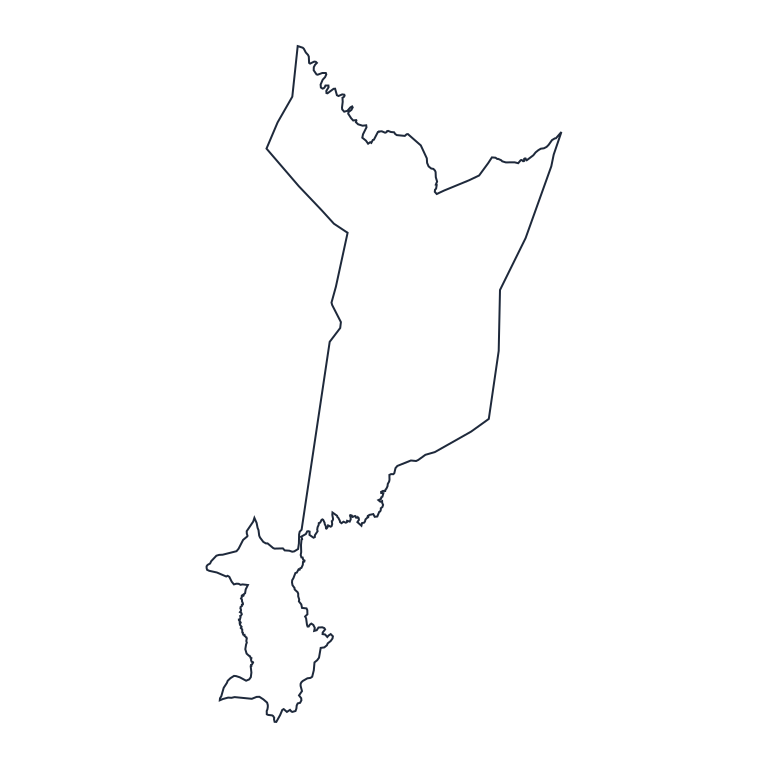 San Pablo Coatlán, Oaxaca, Mexico
{"feature_id": "50627088B61176301842626", "entity_name": "San Pablo Coatlán", "entity_type": "district", "adm_level": 2, "iso_a3": "MEX", "parent_name": "Mexico", "parent_adm1": "Oaxaca", "projection": "equal_earth", "projection_center": [-96.818, 16.154], "detail": "fine", "context": "isolated", "style": "outline", "palette": "slate", "viewbox_px": 768, "rotation_deg": 0, "n_neighbors": 0, "source": "geoboundaries", "source_scale": "gbopen_adm2", "svg_char_len": 6085}
<svg xmlns="http://www.w3.org/2000/svg" viewBox="0 0 768 768"><path d="M488.8,418.9L498.7,350.9L500.0,290.0L525.6,238.1L551.3,166.3L553.7,154.6L561.4,132.0L555.9,138.3L554.8,138.4L552.0,140.1L548.6,144.9L546.6,146.9L543.9,148.3L540.8,148.7L538.3,150.2L535.6,152.4L533.3,155.3L526.7,160.3L526.3,160.3L525.6,158.5L525.0,158.4L524.2,158.8L523.9,161.1L523.1,161.2L521.7,160.0L520.7,160.2L518.2,163.2L514.5,162.3L505.8,162.4L502.2,161.3L501.1,160.2L498.2,158.9L497.3,159.0L495.5,157.7L491.9,157.4L488.2,163.1L479.1,175.5L469.0,180.3L444.2,190.5L436.7,194.0L434.8,191.8L435.0,189.8L436.1,188.6L436.7,185.0L435.8,184.7L437.1,181.6L435.8,177.2L435.6,172.1L435.0,170.6L433.4,168.9L431.2,168.5L428.6,166.4L427.1,162.9L426.8,158.3L420.8,145.4L407.9,134.1L406.6,134.3L404.8,135.9L396.8,135.1L395.2,134.0L394.1,132.3L390.9,132.0L388.1,130.9L387.0,131.2L386.5,132.2L385.1,132.7L381.8,131.3L379.0,131.5L379.0,131.8L377.9,132.0L373.9,139.7L372.8,140.0L371.3,142.9L370.2,142.2L368.1,143.7L365.9,140.6L362.3,137.7L363.0,134.3L366.5,127.3L366.2,125.3L362.6,125.7L358.1,124.3L355.9,122.2L356.4,120.4L356.2,120.1L353.2,120.5L351.1,118.2L348.2,113.7L348.5,112.1L351.4,109.9L352.7,107.4L352.1,106.4L350.4,107.4L347.4,110.8L344.2,111.7L342.2,109.4L342.0,107.6L342.7,101.9L342.5,97.7L343.7,97.1L344.6,95.7L344.3,94.7L342.2,94.4L338.5,96.0L336.9,95.2L335.1,88.7L333.6,88.8L327.5,93.3L326.5,93.1L326.3,91.0L328.6,87.2L328.4,85.5L325.5,85.5L324.6,87.4L323.6,88.3L322.5,88.6L320.9,87.5L320.6,84.6L322.7,79.7L325.1,77.1L326.3,74.4L325.8,73.0L322.2,73.0L317.7,74.7L316.5,74.4L313.7,70.3L313.8,67.2L315.1,64.7L316.9,62.9L315.8,61.8L314.2,61.6L310.1,63.6L309.1,62.9L308.8,56.6L308.0,54.9L305.8,52.5L303.8,48.7L302.7,47.7L297.7,46.1L292.3,96.7L277.6,122.4L266.5,148.6L298.8,186.2L321.7,210.3L333.9,223.7L347.6,232.8L335.9,286.7L331.5,302.6L332.2,305.1L340.9,322.1L340.2,328.0L329.7,341.8L301.6,529.7L299.7,531.7L299.1,534.4L298.9,543.4L298.1,549.0L294.2,551.4L292.2,551.7L289.3,550.7L284.7,550.4L282.9,548.4L274.5,548.6L273.1,548.0L267.6,543.4L265.9,543.4L263.3,541.9L260.0,537.5L259.2,535.6L258.5,530.1L257.6,527.9L256.6,522.9L254.4,517.9L253.2,521.6L246.7,531.2L246.8,533.5L247.5,535.8L247.3,536.4L243.1,539.9L238.6,548.7L236.5,551.2L222.7,554.7L219.1,554.9L216.4,555.7L211.2,561.2L210.1,563.5L207.6,564.9L206.6,566.3L206.6,568.0L207.1,569.8L209.2,570.8L216.9,572.5L226.2,576.5L227.6,575.8L229.3,576.8L231.7,581.7L233.9,584.4L236.4,583.7L238.7,583.8L240.5,584.8L242.6,584.4L247.9,585.0L245.7,589.4L245.1,593.2L244.1,594.0L243.4,595.8L242.8,595.8L242.7,595.0L241.8,595.6L241.7,597.7L241.0,598.4L242.0,599.9L242.0,601.3L242.9,603.3L242.9,604.4L241.9,604.7L241.9,606.0L240.6,607.0L240.4,608.6L240.9,609.2L241.0,610.9L240.0,612.1L241.3,612.9L241.8,614.2L240.9,615.7L240.2,616.0L240.5,617.3L239.8,619.9L238.9,619.7L238.9,620.1L240.7,622.5L240.4,623.2L239.7,622.9L239.7,623.3L240.0,624.8L241.6,626.9L240.8,628.0L242.2,629.4L242.3,632.3L242.9,632.7L242.8,633.6L243.4,634.8L244.5,634.8L244.6,636.0L245.5,636.5L246.0,637.4L246.5,637.5L246.8,638.4L246.3,641.0L246.8,642.6L246.1,644.4L245.3,649.2L246.6,653.6L249.1,655.9L249.6,655.9L250.2,656.6L250.4,657.7L251.4,658.1L251.0,659.9L251.7,661.8L252.9,662.1L253.1,662.5L251.9,664.6L251.1,664.9L251.3,666.1L250.7,666.3L251.4,672.6L250.8,677.2L249.2,679.4L246.1,680.7L239.8,677.3L236.1,676.1L234.0,675.9L230.4,678.2L227.7,680.8L226.9,682.9L223.7,687.8L221.3,696.2L220.0,698.3L219.8,700.3L222.9,699.0L228.1,697.6L231.5,697.8L234.6,697.1L251.8,698.8L256.6,696.9L259.4,696.8L263.4,699.4L267.1,702.6L267.8,705.1L267.8,707.0L267.4,709.4L266.7,711.0L266.8,714.3L268.1,714.9L272.2,715.4L273.1,716.0L274.2,717.7L274.0,719.2L274.6,721.8L276.3,721.9L280.1,715.1L282.3,709.9L283.7,709.1L286.9,711.9L290.0,709.9L291.5,711.6L292.4,711.9L295.5,711.0L296.4,708.5L296.7,705.5L297.7,703.4L300.1,702.8L301.4,700.3L301.2,698.2L299.0,695.4L302.0,691.1L300.6,685.9L300.6,683.9L301.3,682.4L302.7,681.0L307.4,678.3L310.5,677.9L312.2,676.7L313.8,670.3L314.5,662.4L317.2,660.2L319.0,657.7L320.7,647.9L324.3,647.4L326.9,645.3L327.7,643.4L330.7,641.0L332.5,638.5L332.9,636.3L330.7,634.1L328.6,635.5L327.3,637.0L325.1,634.5L322.6,634.1L322.7,632.5L325.1,629.4L324.3,628.1L322.3,627.3L318.5,627.5L316.7,630.2L314.2,630.9L314.8,627.9L313.3,624.9L311.3,623.6L309.8,624.7L308.7,626.5L307.6,626.5L307.0,624.9L306.1,618.3L305.1,616.5L307.4,614.3L307.3,610.2L306.5,608.4L302.0,607.9L301.3,604.4L298.9,601.4L299.2,599.5L298.2,596.3L298.2,593.7L297.6,592.2L295.0,589.8L294.5,589.0L294.6,588.1L292.5,585.2L292.0,582.4L292.2,580.2L293.4,578.2L295.4,573.0L296.8,572.6L298.6,569.3L299.6,569.7L300.3,568.2L301.4,567.9L302.8,564.8L303.0,562.0L304.3,561.6L304.5,560.5L303.2,559.8L302.6,557.5L301.4,557.4L300.7,555.0L301.2,552.1L301.0,545.0L301.5,539.6L302.1,539.3L302.0,538.3L301.0,536.8L305.9,534.0L307.2,531.4L308.4,531.2L309.6,531.6L309.5,534.9L313.5,537.7L314.8,537.1L314.9,535.2L317.6,531.2L317.2,529.6L317.6,527.2L318.7,524.8L318.8,523.1L320.2,522.6L321.6,519.8L322.5,519.4L323.2,519.9L324.6,522.8L324.7,524.0L325.8,526.2L326.0,528.4L326.5,528.6L327.5,527.4L328.1,525.4L330.7,526.7L331.6,526.1L332.2,524.1L331.8,521.2L332.5,520.7L333.1,519.1L332.3,514.8L332.5,512.5L337.1,515.8L337.4,517.0L338.3,517.8L339.8,520.7L340.1,522.1L341.5,523.2L343.5,521.7L345.8,522.7L346.9,522.2L347.1,520.8L349.7,521.6L350.7,519.4L350.6,517.0L350.0,515.8L350.3,515.1L351.8,515.5L352.6,516.9L355.1,516.0L355.7,516.4L356.0,517.6L357.7,517.8L357.9,517.3L358.7,518.1L358.9,519.9L357.4,522.1L361.4,525.7L362.0,523.1L364.2,522.6L365.0,521.4L365.5,519.4L367.4,517.6L367.7,516.4L368.3,516.8L368.5,515.6L369.4,514.9L373.3,514.1L374.7,516.8L377.3,516.5L379.2,511.9L380.2,511.4L380.8,509.9L380.8,508.3L382.4,507.0L383.1,504.9L382.2,502.9L382.1,501.1L380.3,501.7L378.4,500.1L381.1,498.8L381.2,497.4L382.4,496.7L383.4,493.2L381.2,493.0L381.1,491.9L383.0,490.9L385.2,491.0L385.5,489.6L386.3,488.8L387.5,486.3L387.8,483.9L389.1,481.6L389.5,479.8L389.4,474.9L391.1,474.1L393.3,474.2L394.3,473.2L395.5,468.1L397.4,465.9L410.9,460.5L416.1,461.0L418.2,460.0L425.4,454.8L434.8,452.1L471.1,431.6L488.8,418.9Z" fill="none" stroke="#1e293b" stroke-width="2"/></svg>